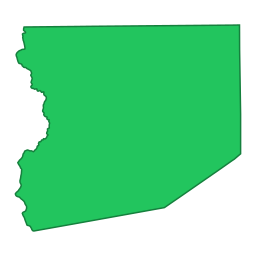 Pailin, Krong Pailin, Cambodia (Albers equal-area conic projection)
{"feature_id": "14789045B44552774517246", "entity_name": "Pailin", "entity_type": "district", "adm_level": 2, "iso_a3": "KHM", "parent_name": "Cambodia", "parent_adm1": "Krong Pailin", "projection": "albers", "projection_center": [102.523, 12.778], "detail": "fine", "context": "isolated", "style": "filled", "palette": "green", "viewbox_px": 256, "rotation_deg": 0, "n_neighbors": 0, "source": "geoboundaries", "source_scale": "gbopen_adm2", "svg_char_len": 3667}
<svg xmlns="http://www.w3.org/2000/svg" viewBox="0 0 256 256"><path d="M239.5,25.0L234.6,25.1L92.9,26.3L75.8,26.5L24.1,27.0L23.6,28.8L23.6,30.4L24.8,31.3L25.4,32.0L25.5,32.7L24.8,33.1L23.8,33.2L23.2,33.4L22.5,34.0L22.5,34.8L22.9,36.0L22.9,36.6L22.7,37.5L22.9,38.4L23.0,39.1L23.2,40.3L23.7,41.5L24.2,43.6L24.4,44.7L24.6,45.5L24.7,46.3L24.9,47.2L25.0,48.0L24.8,49.0L23.9,49.3L23.3,49.3L22.2,49.4L21.4,49.8L20.5,50.3L19.4,50.7L18.6,51.2L17.9,51.9L17.2,52.5L16.7,53.3L16.2,54.3L16.2,55.3L16.4,56.2L16.7,56.9L17.0,57.6L17.2,58.7L17.4,59.4L17.7,60.4L17.9,61.0L18.0,61.5L18.4,62.3L18.6,62.8L19.1,63.4L20.0,63.6L20.8,63.8L21.8,64.4L22.0,65.1L22.3,65.9L22.8,66.2L23.3,66.8L23.7,67.2L24.3,67.4L24.9,67.5L25.4,67.5L26.0,67.6L26.5,68.1L26.9,68.5L27.3,68.8L27.9,69.0L28.5,69.3L29.3,69.8L29.7,70.0L30.5,70.4L30.8,70.8L31.0,71.3L31.2,71.9L31.5,72.7L31.6,73.3L31.3,74.1L31.0,74.5L30.8,75.4L31.4,76.5L32.0,77.6L32.2,78.4L32.1,79.0L31.8,80.0L31.5,80.8L31.2,81.8L31.1,82.5L31.7,83.4L32.1,84.1L32.2,84.6L32.0,85.1L31.4,85.8L30.9,86.5L31.0,87.3L31.6,88.0L32.3,88.4L32.8,88.3L33.4,88.4L34.3,89.1L34.8,89.2L35.4,89.0L36.7,88.9L37.0,89.4L37.0,90.0L37.4,90.8L37.9,91.1L38.4,91.1L38.9,90.9L39.9,90.6L40.8,91.2L41.0,91.7L41.6,92.3L42.1,92.3L43.1,91.9L43.8,92.0L43.9,92.5L43.8,93.2L43.8,94.0L44.0,94.8L44.4,95.3L45.2,95.9L45.7,96.2L46.1,96.8L46.3,97.7L46.3,98.3L46.1,99.2L45.8,100.1L45.3,100.7L45.0,101.2L44.5,101.9L44.3,102.4L44.2,103.1L44.1,103.5L43.7,104.3L43.4,104.7L43.3,105.4L43.3,106.2L43.4,106.8L43.5,107.4L43.4,108.0L43.3,108.5L43.2,109.2L42.9,109.8L42.7,110.2L42.7,110.7L42.7,111.4L43.1,111.9L44.0,112.9L44.0,113.6L43.8,114.2L43.8,114.7L44.0,115.2L44.4,115.8L45.3,116.6L46.1,116.8L46.9,117.0L47.1,117.8L46.9,118.3L47.0,118.9L47.4,119.4L47.9,119.7L48.4,119.8L49.0,119.9L48.8,121.4L49.1,122.1L49.5,122.6L49.6,123.3L49.4,124.0L49.3,124.6L49.2,125.3L49.2,125.9L49.2,126.6L49.3,127.2L49.3,127.8L49.0,128.1L48.4,128.3L47.5,129.0L47.5,130.0L47.6,131.2L47.2,131.6L46.8,132.5L46.7,133.1L46.7,133.6L47.0,134.0L47.9,134.7L47.9,135.2L47.5,135.6L47.1,136.0L47.0,136.6L46.5,137.5L46.2,138.0L45.8,138.4L45.3,138.8L44.7,138.9L43.7,138.7L43.2,139.2L43.2,139.7L42.3,140.0L41.6,140.1L41.2,141.0L40.7,141.6L40.2,141.8L39.2,141.9L38.5,143.3L38.5,143.9L38.8,144.4L38.6,145.3L38.2,145.7L37.6,145.9L37.3,146.2L37.1,146.8L37.0,147.6L36.7,148.3L36.2,149.0L35.8,149.4L35.0,150.0L34.7,150.3L34.3,150.9L33.4,151.7L32.8,151.5L31.7,150.9L30.8,150.8L30.3,150.9L29.6,150.8L29.1,150.5L28.3,150.2L27.5,150.0L26.5,150.3L25.7,150.7L25.1,150.9L24.6,151.3L24.4,152.1L24.1,152.8L23.5,153.4L23.1,154.2L22.9,155.3L22.6,156.5L22.1,157.6L21.6,158.1L20.8,159.1L20.2,159.6L19.5,160.2L18.8,161.3L18.3,161.9L17.8,162.7L18.5,164.1L19.2,165.2L20.2,166.7L20.5,167.9L21.3,168.6L21.7,169.6L21.6,170.5L21.5,172.0L21.4,173.5L21.2,174.6L20.9,175.8L20.6,178.0L20.3,179.4L20.0,180.4L20.0,182.1L20.5,183.4L21.1,184.5L21.2,185.6L21.0,186.3L20.6,187.2L20.2,188.0L19.6,188.9L19.1,189.4L18.6,190.3L18.2,190.8L17.5,191.5L17.1,191.8L16.5,192.3L16.1,192.8L15.7,193.3L15.4,193.7L15.5,194.6L15.8,195.2L16.1,195.7L16.9,196.3L17.9,196.7L18.7,196.9L19.7,197.3L20.8,198.6L21.5,199.2L22.3,199.7L22.9,200.3L24.0,201.3L24.6,202.4L25.1,204.0L26.4,206.0L26.6,206.8L26.6,207.6L26.6,208.3L26.2,209.5L25.8,210.7L25.1,211.3L24.4,211.7L23.2,212.2L22.7,212.7L22.3,213.3L22.8,214.7L23.3,215.9L24.0,217.0L24.4,217.8L24.9,219.4L25.4,220.9L25.9,222.1L26.4,223.4L26.7,224.4L27.0,225.1L28.0,225.5L29.1,225.7L30.3,226.4L30.7,227.2L31.5,228.5L31.8,229.4L32.1,229.9L32.6,230.6L33.8,231.0L74.3,223.8L124.4,214.8L164.4,207.6L181.4,195.9L221.5,168.1L231.7,160.9L234.4,159.1L240.6,153.8L240.6,114.3L239.6,49.5L239.5,25.0Z" fill="#22c55e" stroke="#15803d" stroke-width="1.5"/></svg>